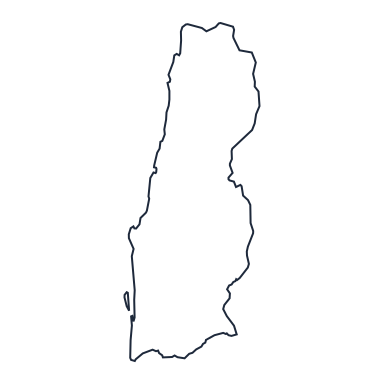 the border of Namibe
{"feature_id": "AGO-1893", "entity_name": "Namibe", "entity_type": "Province", "adm_level": 1, "iso_a3": "AGO", "parent_name": "Angola", "parent_adm1": "", "projection": "equal_earth", "projection_center": [12.66, -15.394], "detail": "medium", "context": "isolated", "style": "outline", "palette": "slate", "viewbox_px": 384, "rotation_deg": 0, "n_neighbors": 0, "source": "natural_earth", "source_scale": "10m", "svg_char_len": 1896}
<svg xmlns="http://www.w3.org/2000/svg" viewBox="0 0 384 384"><path d="M225.9,334.0L223.2,332.9L214.5,335.2L206.0,339.9L205.3,342.6L203.0,343.9L201.4,346.6L196.2,349.4L192.5,352.8L189.2,353.8L184.6,358.3L177.5,357.2L174.6,355.5L172.1,357.0L162.9,357.4L162.2,355.3L159.1,353.1L158.1,350.6L156.0,351.2L152.6,349.7L142.8,353.4L135.7,359.3L134.8,361.0L131.1,359.9L130.2,357.8L130.6,340.2L131.9,325.5L131.1,316.4L132.3,315.9L133.5,321.4L134.6,317.5L134.2,299.8L134.7,290.3L131.8,256.2L133.6,248.9L128.9,238.2L128.8,234.3L130.7,228.2L133.4,226.4L134.4,228.4L136.1,228.5L139.5,224.3L140.5,218.0L146.0,212.6L146.9,210.6L149.2,198.7L148.5,196.4L150.3,178.0L153.5,172.5L155.6,173.1L156.2,172.1L156.5,169.0L156.1,167.8L154.0,167.3L154.2,165.4L157.2,152.7L159.6,148.6L160.4,141.8L162.3,140.9L164.8,134.3L164.3,129.4L166.1,119.6L166.5,112.4L168.7,105.7L169.4,99.6L169.4,90.9L167.5,82.9L169.9,81.7L170.3,79.3L168.5,74.8L173.3,62.0L174.3,55.4L176.7,53.9L179.1,55.3L180.2,53.3L181.1,40.6L180.9,31.7L182.3,27.2L185.8,24.5L187.7,24.2L201.9,28.0L206.4,31.3L215.6,27.0L218.8,23.4L220.5,23.0L233.0,26.7L234.1,29.8L233.1,36.0L233.5,38.0L239.5,50.3L251.8,52.5L255.8,62.5L253.1,73.9L254.9,81.7L254.7,86.6L258.5,91.5L259.5,106.1L256.1,114.2L254.7,123.4L252.1,130.0L232.3,148.6L231.6,151.0L231.9,159.1L229.9,163.7L229.9,165.5L232.6,172.9L228.5,177.6L228.5,179.2L229.5,180.4L233.9,181.6L236.0,187.0L240.4,184.9L241.6,186.2L243.1,195.6L248.0,200.1L250.3,204.9L250.6,223.1L253.2,231.0L253.1,233.3L247.9,246.6L246.8,251.5L247.0,255.6L248.9,263.9L247.8,267.6L239.7,278.0L237.1,280.0L236.2,279.2L235.4,281.1L233.3,282.0L231.6,284.5L229.1,285.5L227.1,289.3L229.9,293.4L229.6,298.3L224.3,305.0L223.2,309.1L226.8,316.1L234.0,325.7L236.7,334.4L231.5,335.9L228.5,335.2L226.8,333.4L225.9,334.0ZM127.8,292.8L129.1,310.7L126.7,306.2L124.5,297.4L124.6,294.9L126.7,292.2L127.8,292.8Z" fill="none" stroke="#1e293b" stroke-width="2"/></svg>